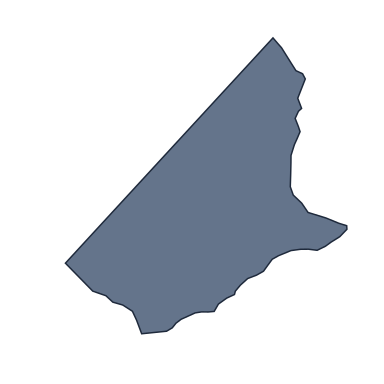 Dédé-Mokouba, Mambéré-Kadéï, Central African Republic (Equal Earth projection), rotated 75°
{"feature_id": "33826404B19731387545693", "entity_name": "Dédé-Mokouba", "entity_type": "district", "adm_level": 2, "iso_a3": "CAF", "parent_name": "Central African Republic", "parent_adm1": "Mambéré-Kadéï", "projection": "equal_earth", "projection_center": [15.345, 3.879], "detail": "fine", "context": "isolated", "style": "filled", "palette": "slate", "viewbox_px": 384, "rotation_deg": 75, "n_neighbors": 0, "source": "geoboundaries", "source_scale": "gbopen_adm2", "svg_char_len": 914}
<svg xmlns="http://www.w3.org/2000/svg" viewBox="0 0 384 384"><g transform="rotate(75 192 192)"><path d="M315.9,277.3L319.9,252.6L318.1,246.2L314.6,241.5L312.1,235.4L309.6,220.2L310.3,213.7L312.1,207.3L313.1,201.5L307.1,195.5L303.5,186.0L302.0,177.5L299.0,175.8L294.5,169.4L290.0,160.6L289.0,151.1L287.0,143.4L282.5,137.9L277.7,131.9L275.9,124.8L274.2,111.6L275.4,102.1L277.4,94.3L280.7,86.2L278.9,77.1L276.4,70.6L273.4,60.8L268.1,52.0L264.6,51.3L260.1,58.4L251.8,69.3L241.8,85.2L231.2,88.9L221.2,95.0L212.4,95.7L201.1,92.3L189.5,88.9L182.3,86.9L172.7,80.8L167.7,76.7L161.7,72.0L156.4,72.3L147.6,73.3L141.6,68.3L139.6,64.5L128.8,65.6L112.1,53.3L106.4,54.6L101.7,60.2L93.4,62.8L75.8,68.2L71.0,70.6L64.1,73.9L94.2,121.4L109.7,145.9L109.9,146.2L205.3,296.9L228.0,332.7L262.1,313.5L269.9,302.0L277.9,297.0L283.2,288.2L291.8,280.4L301.5,278.7L315.9,277.3Z" fill="#64748b" stroke="#1e293b" stroke-width="1.5"/></g></svg>